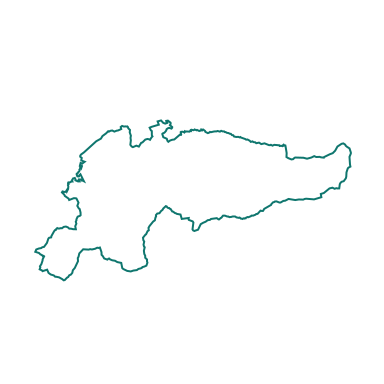 Albesti, Mures, Romania (Albers equal-area conic projection), rotated 264°
{"feature_id": "2599482B11453022019549", "entity_name": "Albesti", "entity_type": "district", "adm_level": 2, "iso_a3": "ROU", "parent_name": "Romania", "parent_adm1": "Mures", "projection": "albers", "projection_center": [24.86, 46.242], "detail": "fine", "context": "isolated", "style": "outline", "palette": "teal", "viewbox_px": 384, "rotation_deg": 264, "n_neighbors": 0, "source": "geoboundaries", "source_scale": "gbopen_adm2", "svg_char_len": 6007}
<svg xmlns="http://www.w3.org/2000/svg" viewBox="0 0 384 384"><g transform="rotate(264 192 192)"><path d="M180.2,338.8L184.3,339.8L185.4,340.5L186.5,341.8L186.9,344.0L189.5,346.4L191.0,347.0L195.4,347.7L199.0,349.3L199.8,350.0L200.7,352.2L202.8,352.0L210.5,352.3L213.7,354.0L214.7,354.1L218.9,353.2L220.8,350.8L222.0,349.7L223.1,349.3L224.5,347.6L224.3,345.8L222.0,341.4L218.1,338.7L215.9,336.0L215.2,333.2L212.9,326.9L212.4,326.7L213.0,323.9L213.6,322.6L213.8,319.2L214.9,317.3L213.8,314.3L213.1,309.9L214.4,306.4L215.5,298.2L215.2,297.4L214.1,296.0L214.0,294.3L215.6,291.3L216.9,289.6L220.8,290.2L227.8,289.8L228.5,289.7L228.5,288.9L229.5,288.1L229.1,287.5L228.4,287.6L228.1,286.7L228.6,285.7L228.6,284.0L229.3,283.8L230.3,278.7L229.7,276.9L230.7,275.4L230.4,274.6L230.6,273.4L232.8,269.2L232.4,265.9L234.1,263.8L233.8,261.0L234.8,260.1L235.2,258.3L236.0,257.5L235.7,255.7L237.0,254.7L238.4,252.7L238.4,251.3L239.1,250.5L241.1,246.3L241.6,245.9L241.3,245.2L242.0,243.8L242.1,241.7L242.8,239.6L244.1,239.0L244.4,237.7L245.8,236.7L246.0,235.6L246.8,234.5L247.2,232.9L248.1,231.7L248.2,230.9L248.9,230.3L249.1,228.7L249.8,227.4L249.1,226.1L250.0,223.8L249.7,222.6L249.9,220.5L249.5,217.0L249.9,216.2L249.1,214.9L248.9,213.9L250.4,211.6L251.3,211.4L253.0,209.6L252.9,208.9L252.4,208.6L253.2,207.7L252.1,207.1L252.2,206.4L251.9,205.6L253.2,203.5L252.9,203.0L253.9,201.1L253.5,200.7L253.3,199.8L254.0,197.9L253.8,197.2L253.4,196.9L252.7,197.1L252.8,196.4L252.3,195.8L252.8,192.8L252.6,192.1L253.2,191.3L252.0,190.6L252.9,189.2L253.0,187.4L252.7,187.0L251.7,187.2L250.7,186.6L250.3,187.2L250.0,187.1L250.1,185.7L246.1,179.9L246.0,177.7L245.5,175.6L244.4,173.7L245.5,172.9L247.6,172.5L249.5,169.2L252.8,168.5L253.3,169.0L253.7,170.4L254.2,171.2L255.7,172.7L257.1,173.3L257.9,174.7L258.2,175.9L257.2,178.2L258.0,179.0L258.7,179.1L260.8,177.0L262.0,177.9L263.2,177.9L265.5,175.5L265.4,173.8L264.5,173.9L263.8,174.8L263.3,174.7L262.8,172.5L263.8,170.6L266.4,168.7L265.8,165.2L262.4,166.0L261.0,158.5L260.4,156.6L257.7,157.5L256.8,158.4L252.6,158.0L251.4,158.5L250.6,157.5L248.3,155.7L248.9,154.9L249.4,153.2L249.0,151.0L246.5,147.9L246.2,146.6L242.7,143.9L243.9,141.5L242.8,137.9L243.6,136.7L245.4,135.6L249.8,136.6L252.2,136.5L254.4,137.1L257.8,136.3L260.2,136.8L262.0,135.3L263.2,135.1L264.0,134.5L263.9,133.8L264.2,132.7L264.2,131.1L265.0,129.4L264.1,127.9L262.0,128.2L260.9,124.8L260.9,123.6L260.2,121.1L261.5,119.1L261.4,117.3L260.7,115.6L261.2,115.0L259.3,112.7L257.0,108.8L254.6,107.0L252.5,102.1L242.7,88.7L240.9,85.6L239.9,84.7L238.8,84.5L237.4,85.9L235.2,85.2L234.4,86.2L233.3,88.4L231.7,85.7L232.6,84.3L229.7,83.2L229.4,83.9L229.6,85.1L229.3,85.3L227.2,84.3L228.5,83.7L228.5,83.4L226.9,83.2L226.1,82.4L225.5,82.6L224.1,81.8L223.8,81.1L222.5,80.2L222.3,79.3L221.5,79.1L219.6,79.6L219.3,80.5L219.4,81.3L220.2,81.5L221.3,82.9L214.0,85.6L214.9,84.2L214.9,83.5L216.1,82.7L216.1,81.7L216.4,80.9L215.9,80.5L214.3,81.2L214.4,79.8L215.8,77.3L216.5,77.5L218.2,76.9L217.9,75.9L218.0,75.3L216.6,74.1L215.0,74.2L215.3,73.2L214.8,72.8L214.3,71.4L214.5,70.2L214.4,69.9L213.3,69.6L212.7,70.1L211.8,69.3L210.5,69.6L207.9,69.1L205.9,67.8L207.0,67.7L205.4,66.4L205.3,65.5L206.1,63.3L205.2,62.6L202.7,64.7L201.4,65.1L198.3,68.6L196.9,69.0L198.2,73.8L197.9,75.9L197.6,76.4L193.3,78.0L190.2,76.5L187.5,77.7L186.8,78.5L183.3,79.0L180.6,78.8L180.1,78.2L179.4,75.7L176.9,74.2L175.9,74.1L174.6,73.3L172.6,73.7L170.2,72.3L167.1,72.6L167.4,70.0L168.2,67.8L168.4,66.1L169.8,64.9L170.8,63.0L170.7,60.8L169.5,58.8L169.8,57.8L169.5,56.5L169.7,56.0L169.6,55.0L170.2,54.2L169.3,53.0L168.4,52.5L168.4,51.7L167.3,50.7L162.9,47.6L161.6,47.2L161.4,45.1L160.7,44.3L156.5,42.4L152.9,39.1L152.7,37.3L152.0,36.2L151.8,33.7L151.1,31.1L148.9,29.9L147.3,33.5L145.8,34.7L145.4,35.5L144.9,35.9L144.7,36.6L143.7,37.0L143.9,37.8L143.5,38.2L140.6,36.4L139.4,36.2L135.9,34.6L134.0,33.0L133.0,33.3L131.0,32.4L129.7,34.6L128.9,35.1L129.9,39.8L126.5,40.9L124.7,42.9L123.5,45.8L122.0,47.1L121.9,48.1L121.0,50.9L118.8,54.0L117.6,55.1L117.7,56.2L119.9,58.8L120.4,60.0L122.0,61.2L122.5,62.9L124.1,64.5L126.6,65.3L128.7,67.5L135.1,71.4L138.2,71.5L139.5,72.4L142.7,73.5L146.4,77.8L145.5,83.2L145.8,84.7L145.3,86.5L145.7,89.8L146.5,91.9L146.1,93.3L146.4,94.6L141.6,95.7L139.0,95.5L137.6,96.6L135.1,97.7L133.6,100.8L134.4,101.9L134.5,102.7L133.6,103.4L132.4,105.6L131.7,108.2L130.1,110.4L128.9,114.2L123.6,114.7L122.6,115.6L120.3,119.3L119.4,122.8L120.0,125.5L120.1,129.0L121.1,130.7L121.4,133.0L121.8,134.2L122.5,134.8L122.8,136.7L123.5,138.9L126.4,140.3L127.7,140.0L129.6,140.2L131.5,138.6L133.6,138.8L135.3,138.1L138.6,138.0L142.0,139.2L142.7,138.6L144.7,138.3L147.7,139.3L149.1,138.6L151.7,138.5L154.5,141.3L154.7,141.9L157.7,143.7L158.4,145.0L160.9,145.0L162.6,146.2L166.7,150.3L167.7,152.1L170.7,153.1L171.3,153.7L172.8,153.7L174.2,155.2L174.3,157.4L176.2,159.1L177.4,160.9L178.6,161.7L180.7,164.5L180.3,165.3L179.3,165.8L178.5,166.8L178.4,167.7L177.7,168.1L177.4,168.9L174.7,170.3L174.4,171.2L172.8,172.9L172.6,173.6L171.8,174.7L170.8,178.2L166.3,179.0L166.5,186.0L165.5,185.7L164.6,185.9L162.7,189.6L161.5,190.2L154.8,188.6L153.7,189.1L153.0,190.3L153.9,194.1L159.1,197.3L160.3,200.0L161.0,202.4L162.3,204.6L162.4,206.9L163.2,208.1L163.4,213.9L162.0,215.5L161.9,216.1L163.2,217.9L163.3,218.5L165.2,220.3L165.2,221.3L165.0,222.4L163.9,224.5L163.9,225.3L163.1,226.6L163.1,228.5L163.4,229.7L163.2,231.8L163.0,232.6L162.1,233.5L161.4,235.9L161.6,236.7L160.3,238.0L160.3,238.8L159.9,239.4L160.4,240.7L160.1,241.3L160.4,242.0L160.2,242.6L160.8,243.1L161.3,244.6L161.0,245.4L161.8,248.1L162.3,248.7L162.1,250.3L162.8,252.8L163.4,253.6L163.4,254.9L166.3,258.2L165.8,259.6L165.8,260.7L167.7,262.1L170.9,269.3L171.7,269.7L173.3,271.6L173.4,272.7L173.9,273.5L173.8,275.1L172.4,277.8L172.3,279.0L173.6,281.9L173.6,283.7L175.0,287.3L173.2,293.9L173.4,297.5L172.8,301.8L173.3,303.3L173.4,304.8L171.9,312.6L173.3,320.1L176.6,319.9L177.2,323.0L181.2,329.1L181.6,332.1L180.3,334.2L180.7,335.9L180.3,337.2L180.2,338.8Z" fill="none" stroke="#0f766e" stroke-width="2"/></g></svg>